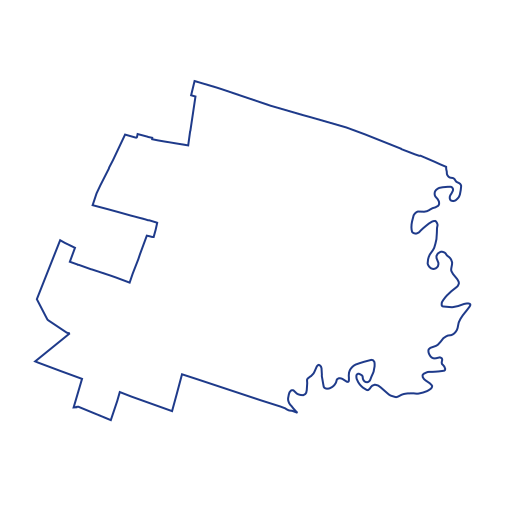 outline of Axintele, Ialomita, Romania, rotated 93°
{"feature_id": "2599482B81845077877895", "entity_name": "Axintele", "entity_type": "district", "adm_level": 2, "iso_a3": "ROU", "parent_name": "Romania", "parent_adm1": "Ialomita", "projection": "equal_earth", "projection_center": [26.784, 44.584], "detail": "fine", "context": "isolated", "style": "outline", "palette": "blue", "viewbox_px": 512, "rotation_deg": 93, "n_neighbors": 0, "source": "geoboundaries", "source_scale": "gbopen_adm2", "svg_char_len": 5874}
<svg xmlns="http://www.w3.org/2000/svg" viewBox="0 0 512 512"><g transform="rotate(93 256 256)"><path d="M416.5,427.5L416.1,427.5L415.8,425.6L427.5,392.4L408.1,387.0L399.0,384.9L402.9,373.1L415.3,331.7L398.3,328.0L378.0,323.7L382.2,308.0L399.9,243.5L405.0,223.9L406.6,218.9L407.5,217.4L408.4,215.3L408.6,214.0L408.7,211.8L410.4,206.4L409.5,207.5L406.3,210.7L403.9,212.8L402.7,214.1L401.0,215.3L399.4,216.0L398.1,216.4L396.4,216.5L392.7,216.0L390.4,215.4L388.9,214.3L388.3,213.7L388.1,212.7L388.2,211.6L388.6,211.1L391.2,208.1L391.9,206.6L392.3,205.0L392.5,203.8L392.5,201.5L391.3,199.6L389.9,198.7L387.3,198.3L380.3,198.2L377.8,198.5L376.7,198.5L375.7,198.0L373.5,195.5L373.0,194.7L370.3,192.4L368.6,191.6L363.1,189.5L362.3,188.9L361.5,188.0L361.5,187.4L361.8,186.7L362.3,186.0L363.1,185.3L364.7,184.7L371.0,184.0L372.4,184.0L381.1,182.0L383.1,181.5L384.1,180.7L384.6,179.5L384.8,178.4L384.7,177.1L384.4,175.9L384.0,175.0L382.9,173.2L381.8,171.9L380.5,170.8L378.8,169.8L377.8,169.4L375.2,168.8L374.5,168.2L373.7,166.7L373.7,165.7L373.8,164.7L374.2,163.3L376.8,158.7L376.9,157.9L376.7,157.2L376.3,156.9L375.0,156.7L372.2,156.9L370.7,157.1L367.6,157.0L365.8,156.5L364.7,156.1L363.5,155.4L361.7,154.0L360.3,152.5L359.2,150.8L357.6,146.9L356.0,142.6L354.1,136.7L353.7,135.4L353.8,134.4L354.1,133.5L355.7,132.2L357.5,131.9L359.9,131.8L365.3,132.5L367.1,133.1L370.4,134.4L373.8,135.5L374.7,136.0L375.4,136.7L375.9,137.4L376.2,138.2L376.2,139.5L376.0,140.2L375.5,141.1L374.6,142.0L373.1,142.8L370.5,143.3L369.5,144.2L368.3,146.7L368.2,147.8L369.0,149.0L369.5,149.3L370.4,149.5L371.8,149.4L373.3,149.1L376.7,147.3L378.8,145.7L380.3,144.2L381.8,142.4L383.9,138.6L384.1,137.4L383.9,136.8L382.5,135.4L380.7,134.3L379.4,133.1L378.3,130.6L378.5,129.4L378.8,127.9L379.1,127.0L379.7,126.1L380.6,124.7L386.5,117.2L387.6,115.7L388.3,114.3L388.6,113.3L389.5,109.6L389.6,108.7L389.5,108.1L388.8,106.5L387.2,103.8L386.7,102.8L386.1,101.2L385.7,99.5L385.3,97.4L385.0,93.4L384.9,91.2L385.1,88.5L385.0,87.0L384.7,85.8L383.6,82.0L382.0,78.2L381.1,76.7L379.6,74.7L378.7,73.9L377.6,73.4L376.6,73.3L375.7,73.9L374.0,75.8L371.4,80.1L370.1,81.8L368.3,83.1L366.8,83.4L366.0,83.3L365.6,83.0L364.8,82.3L363.6,80.1L362.9,78.6L362.7,77.5L362.4,73.1L362.1,70.5L361.7,67.5L361.0,63.6L360.6,61.9L360.3,61.6L359.9,61.3L359.3,61.2L358.7,61.2L356.5,62.2L355.0,63.6L354.6,64.1L354.1,64.6L353.5,64.8L352.4,65.0L350.0,64.6L349.1,64.8L348.4,65.2L348.0,66.0L347.6,67.1L348.7,70.9L348.9,72.3L348.9,73.0L348.8,73.7L348.2,75.2L347.2,76.4L346.1,77.2L344.8,78.0L343.4,78.6L342.3,78.8L341.5,78.9L340.3,78.7L339.8,78.3L338.9,77.4L338.4,76.6L336.4,71.7L335.3,70.0L334.8,69.5L332.0,67.2L328.3,64.6L326.3,61.9L325.4,60.2L324.8,56.9L324.1,55.5L323.1,54.2L322.7,53.8L321.1,52.5L319.3,51.5L317.3,50.9L312.5,50.2L311.3,49.9L308.0,48.5L304.4,46.4L298.4,42.1L295.7,40.3L294.9,39.8L293.7,39.4L293.1,39.5L292.6,40.0L292.5,40.4L292.3,41.2L292.3,42.5L292.5,43.7L293.0,45.7L295.4,51.5L296.1,54.2L296.8,56.9L296.9,58.2L296.6,66.6L296.3,67.4L295.7,67.9L294.3,68.1L292.8,68.0L292.0,67.7L290.0,66.6L287.2,64.7L285.3,63.2L281.0,59.1L276.4,53.9L275.6,53.1L274.6,52.6L273.0,52.0L272.3,52.0L271.1,52.3L269.4,53.3L268.4,54.0L263.7,58.3L261.2,59.9L260.2,60.3L259.1,60.4L257.8,60.3L254.2,59.8L252.2,59.8L251.4,60.1L249.3,61.0L248.0,62.0L247.0,63.1L246.5,63.9L245.4,65.4L243.3,67.0L242.9,67.6L242.5,68.4L242.2,69.4L242.0,70.5L242.0,71.2L242.3,72.1L243.3,73.6L244.0,74.5L244.8,75.0L246.6,75.8L248.7,75.6L253.3,73.5L254.6,73.4L256.3,73.7L256.9,73.9L257.9,74.7L258.9,75.8L259.4,77.0L259.7,78.1L259.5,79.3L259.1,80.6L258.8,81.1L257.6,82.5L256.2,83.5L254.9,84.1L254.4,84.2L250.4,84.0L248.1,83.5L245.4,82.5L241.0,79.7L238.8,78.6L237.8,78.3L234.4,77.5L229.8,76.7L223.6,76.6L218.6,76.7L215.6,76.3L214.7,76.5L213.2,77.2L212.0,78.2L211.7,78.6L211.6,78.9L211.9,80.7L212.5,82.1L213.2,83.1L214.5,85.0L216.9,87.7L219.6,90.6L222.0,92.9L223.8,94.4L224.7,95.9L225.2,97.1L225.3,97.6L225.1,98.9L224.9,99.7L224.4,100.7L223.7,101.4L221.5,102.0L219.2,102.3L216.3,102.3L213.5,102.0L207.1,100.7L205.6,99.8L204.9,99.2L204.2,98.5L203.7,97.8L203.3,97.1L203.1,96.5L203.0,90.4L202.3,87.6L201.1,85.4L200.6,84.8L199.0,82.2L198.0,79.3L197.5,78.6L196.4,76.8L195.5,76.2L194.6,75.9L193.7,75.9L192.3,76.1L191.3,76.6L189.8,77.5L187.3,79.9L186.3,80.5L184.7,80.9L182.9,80.8L181.8,80.4L180.6,79.6L179.3,78.1L178.4,76.6L177.6,73.3L176.9,68.4L176.7,65.9L176.7,65.1L176.9,64.4L177.2,63.9L178.1,63.1L178.8,62.8L179.4,62.7L180.5,62.8L183.2,64.0L185.1,65.1L186.3,65.5L187.1,65.6L188.4,65.5L189.4,65.1L190.2,64.5L190.4,64.1L190.7,63.1L190.8,61.7L190.6,61.1L190.3,60.2L189.8,59.4L188.3,57.9L186.8,56.7L185.7,56.2L183.9,55.6L179.5,55.0L175.9,54.8L174.8,54.9L174.1,55.3L173.3,55.9L172.7,56.8L171.4,59.8L170.1,60.9L168.9,61.7L168.1,62.8L167.8,63.7L167.7,65.1L167.5,66.5L167.2,67.2L166.6,68.0L166.2,68.4L164.8,69.4L163.8,69.7L161.8,69.9L159.3,70.6L157.0,70.8L154.8,76.9L152.5,82.7L147.2,97.1L147.3,97.4L147.4,98.2L146.2,102.5L141.7,116.4L141.3,116.7L128.8,153.6L122.9,172.6L114.2,210.2L112.8,216.7L105.2,249.2L91.1,299.4L89.8,304.3L84.5,326.5L98.9,329.2L99.9,324.8L134.4,328.1L134.9,328.3L149.1,329.5L146.5,353.0L145.7,359.8L144.8,365.8L143.4,365.8L142.8,369.9L142.5,370.7L140.4,380.6L143.5,381.1L143.9,381.4L144.1,381.8L144.0,382.6L141.6,393.1L167.7,403.8L175.4,407.3L176.4,407.5L193.5,415.1L201.8,418.5L213.8,421.8L217.1,406.0L219.6,394.6L222.1,383.5L225.2,368.5L226.0,365.6L225.9,364.6L227.9,356.6L228.0,356.4L235.1,357.6L242.4,359.2L242.4,360.8L241.8,363.6L241.4,366.1L260.1,371.9L265.5,373.4L280.0,378.2L289.2,380.8L284.8,394.7L283.1,400.5L278.0,419.2L277.9,420.0L274.3,431.9L274.1,432.8L274.1,433.5L273.8,433.9L271.5,441.6L257.3,437.2L252.9,447.6L250.5,452.4L310.6,472.6L327.3,462.8L330.3,461.0L330.7,460.6L331.2,459.9L342.5,440.9L342.9,438.7L343.5,438.5L372.8,471.0L374.0,467.6L377.9,455.2L381.1,445.1L387.8,423.3L416.8,430.2L416.5,427.5Z" fill="none" stroke="#1e3a8a" stroke-width="2"/></g></svg>